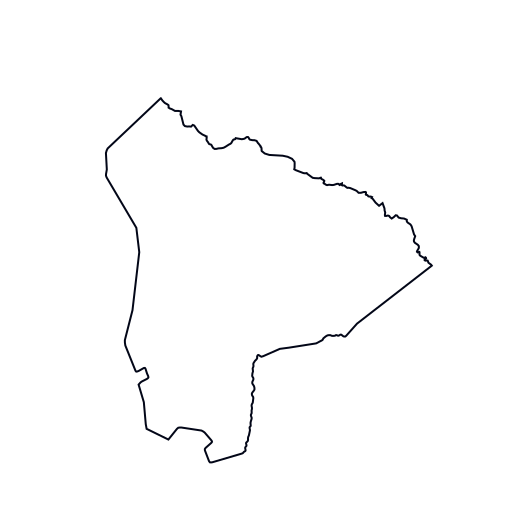 map outline of Salamat (Mercator projection), rotated 250°
{"feature_id": "TCD-1489", "entity_name": "Salamat", "entity_type": "Prefecture", "adm_level": 1, "iso_a3": "TCD", "parent_name": "Chad", "parent_adm1": "", "projection": "mercator", "projection_center": [20.31, 10.611], "detail": "fine", "context": "isolated", "style": "outline", "palette": "ink", "viewbox_px": 512, "rotation_deg": 250, "n_neighbors": 0, "source": "natural_earth", "source_scale": "10m", "svg_char_len": 5286}
<svg xmlns="http://www.w3.org/2000/svg" viewBox="0 0 512 512"><g transform="rotate(250 256 256)"><path d="M436.8,220.5L436.5,220.6L434.2,221.2L432.1,222.1L430.8,222.8L428.9,224.5L427.8,225.3L426.9,225.2L425.3,224.6L424.0,225.6L422.9,227.0L420.0,229.5L418.8,232.8L417.5,235.0L414.6,233.4L412.9,233.7L404.3,232.8L402.4,233.6L401.2,235.6L400.5,237.8L399.8,239.2L400.8,241.4L399.7,242.6L393.5,244.2L391.7,245.0L388.5,247.2L386.2,249.5L385.8,249.6L385.3,250.5L384.2,250.2L382.2,249.2L381.1,249.3L379.1,249.9L378.3,250.0L377.2,250.3L376.6,251.1L376.1,251.8L375.5,252.1L374.0,252.3L372.2,252.7L370.8,253.7L370.2,255.4L370.0,257.4L369.1,260.5L368.8,262.6L369.1,264.7L370.0,268.7L370.2,270.4L370.6,271.4L372.4,273.5L373.0,274.4L373.1,275.1L372.9,275.8L373.0,276.5L373.7,277.2L370.6,282.6L370.2,284.8L370.3,285.9L370.8,287.4L370.9,288.3L370.4,289.3L369.4,289.6L368.2,289.7L367.4,290.1L366.1,292.2L365.3,294.2L364.0,295.9L361.4,296.5L360.8,296.8L357.5,297.9L357.2,297.6L356.1,298.1L354.8,297.9L353.5,297.4L352.6,297.3L349.3,299.3L346.4,303.1L341.1,315.4L338.4,319.7L335.0,323.1L331.4,324.4L330.1,324.1L325.9,322.5L324.4,321.6L323.0,322.8L317.7,328.9L316.9,330.4L316.6,332.0L315.8,332.2L310.1,336.0L309.1,337.8L307.5,341.6L307.4,342.0L307.5,343.4L307.4,343.8L307.0,343.8L306.5,343.7L306.1,343.8L304.8,345.0L304.1,345.5L303.3,345.9L302.9,345.7L302.0,344.7L301.5,344.4L300.9,344.6L300.7,344.8L300.6,345.1L300.4,345.2L299.9,345.5L299.2,346.0L298.6,346.6L298.3,347.0L298.0,349.0L296.6,351.8L296.2,353.4L296.1,356.9L295.5,358.3L294.1,358.8L294.1,359.5L294.5,359.9L294.7,360.2L294.8,361.6L293.2,360.9L292.7,361.3L292.5,362.2L292.0,363.1L289.8,364.4L288.8,365.1L288.5,366.3L287.6,367.8L283.6,372.1L282.5,373.0L280.3,374.0L279.5,376.3L279.3,378.9L278.7,380.9L278.1,381.1L277.4,380.9L276.7,380.4L276.2,380.2L275.8,380.4L275.2,381.4L274.8,381.6L273.6,382.0L273.0,383.0L272.6,384.2L271.7,385.2L270.9,384.4L269.9,385.2L265.3,386.6L261.1,388.8L262.4,393.0L257.1,393.0L256.4,392.9L254.7,392.4L252.7,392.3L250.4,391.1L249.5,391.0L249.1,392.0L249.0,393.3L248.6,394.3L247.9,394.9L246.6,395.2L244.8,396.3L245.4,398.7L246.5,401.2L245.9,402.3L243.3,403.2L241.8,405.3L240.6,407.9L238.5,410.1L237.2,409.6L236.2,409.7L235.2,410.2L233.3,411.6L232.6,412.0L230.7,412.4L222.2,411.9L220.2,412.4L217.9,410.5L216.7,409.7L215.6,409.4L214.1,409.8L211.2,411.9L209.6,412.4L207.9,411.8L206.7,410.5L205.8,409.3L205.0,408.7L204.1,409.1L204.0,409.8L204.1,410.5L204.0,410.9L203.1,410.8L201.7,410.2L200.8,410.1L200.0,410.5L197.0,413.0L196.7,413.6L196.8,414.2L196.9,414.7L196.3,415.1L195.6,415.0L195.2,413.4L194.5,413.0L194.1,413.2L193.7,413.6L193.5,414.2L193.4,414.8L193.0,415.7L192.3,415.8L191.3,415.7L190.6,415.8L187.9,417.6L186.8,417.9L157.9,327.8L150.2,313.5L149.8,312.4L150.0,311.7L150.3,311.1L150.6,310.7L151.0,310.4L152.8,309.3L153.1,308.9L153.2,308.3L153.0,307.3L152.9,306.6L153.0,305.9L153.6,305.2L154.1,304.6L154.3,304.0L154.1,303.0L154.2,302.3L154.7,300.8L154.9,300.3L155.2,299.8L155.9,299.1L156.3,298.6L156.5,297.9L156.9,296.7L156.9,295.5L156.6,294.0L155.6,291.2L154.3,289.7L153.3,282.7L158.6,255.6L160.6,246.6L159.4,228.5L159.5,226.6L160.3,225.9L161.9,224.7L162.2,224.3L162.2,223.8L161.7,223.1L161.2,222.7L160.5,222.4L159.9,222.3L159.4,222.0L159.0,221.5L158.5,220.7L157.9,219.3L156.4,217.3L156.0,216.9L155.6,216.6L155.0,216.4L153.8,216.1L152.9,215.7L152.1,214.9L151.7,214.6L151.2,214.3L150.6,214.2L149.4,213.9L148.8,213.8L148.3,213.5L147.9,213.2L147.5,212.9L146.6,212.3L146.1,212.1L145.1,211.6L144.6,211.4L144.0,211.4L143.4,211.5L142.5,211.7L142.1,211.7L141.6,211.6L141.2,211.4L140.7,211.2L140.3,210.8L139.2,209.7L138.8,209.4L138.3,209.2L137.8,209.0L137.2,209.0L136.6,209.1L135.0,209.5L134.4,209.6L133.0,209.5L131.9,209.2L131.3,209.0L130.9,208.7L130.5,208.3L130.2,207.9L129.1,206.1L128.8,205.7L128.4,205.3L128.0,205.0L127.4,204.8L126.8,204.7L126.2,204.7L124.5,205.1L123.9,205.0L123.4,204.9L119.5,202.9L119.1,202.6L118.1,201.4L117.7,201.1L117.2,200.8L116.7,200.6L114.8,200.3L114.2,200.1L113.7,199.9L112.3,199.0L110.7,198.5L109.6,198.0L109.3,197.6L108.9,197.3L108.5,196.9L108.0,196.7L107.4,196.6L105.5,196.6L105.0,196.4L104.5,196.2L102.4,194.6L101.1,193.8L100.5,193.6L98.7,193.1L98.2,192.9L97.9,192.5L97.6,192.0L97.4,191.6L97.0,191.3L96.4,191.1L94.5,190.8L94.1,190.6L89.9,188.0L88.4,186.6L87.9,186.4L86.9,185.9L86.3,185.8L85.8,185.5L85.3,185.3L84.9,184.9L84.7,184.5L84.2,183.5L84.0,183.0L83.6,182.7L83.1,182.5L81.8,182.4L81.3,182.3L80.8,182.0L80.6,181.6L80.3,181.1L80.0,180.7L79.6,180.3L79.1,180.1L77.1,179.8L76.6,179.5L76.3,179.0L76.2,178.1L76.0,177.5L75.4,176.5L75.2,175.9L75.2,174.9L77.1,144.5L77.4,143.1L77.9,142.1L79.3,141.7L90.6,141.5L91.3,141.6L92.2,142.0L92.9,143.0L95.7,150.1L96.4,151.1L97.3,151.2L98.6,150.8L107.6,147.4L109.0,146.5L110.6,145.1L120.4,127.1L120.9,125.7L121.2,124.2L120.6,122.6L113.5,110.9L131.0,94.1L135.7,94.9L157.0,100.6L175.3,101.7L176.7,104.3L177.1,105.7L177.8,111.4L178.1,112.5L178.6,113.3L179.2,113.5L180.1,113.6L182.9,113.4L187.6,113.6L188.3,113.5L188.8,113.3L189.0,112.8L189.1,112.2L188.1,106.3L188.1,104.9L188.2,104.2L188.6,103.7L189.7,103.5L216.6,102.6L219.5,103.2L221.8,104.0L247.3,121.4L299.5,147.6L323.4,153.2L380.9,142.5L382.8,142.5L384.3,143.1L388.3,145.4L404.1,150.2L406.3,151.8L407.8,153.4L436.8,220.4L436.8,220.5L436.8,220.5Z" fill="none" stroke="#020617" stroke-width="2"/></g></svg>